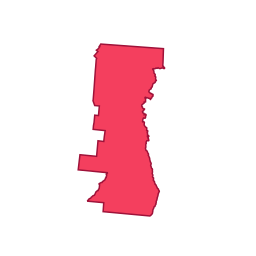 outline of La Matanza, Buenos Aires, Argentina, rotated 322°
{"feature_id": "61730980B21366789082443", "entity_name": "La Matanza", "entity_type": "district", "adm_level": 2, "iso_a3": "ARG", "parent_name": "Argentina", "parent_adm1": "Buenos Aires", "projection": "albers", "projection_center": [-58.605, -34.773], "detail": "fine", "context": "isolated", "style": "filled", "palette": "rose", "viewbox_px": 256, "rotation_deg": 322, "n_neighbors": 0, "source": "geoboundaries", "source_scale": "gbopen_adm2", "svg_char_len": 5780}
<svg xmlns="http://www.w3.org/2000/svg" viewBox="0 0 256 256"><g transform="rotate(322 128 128)"><path d="M204.8,87.3L158.9,45.7L158.3,45.1L155.4,46.1L155.6,46.6L153.3,47.2L152.5,47.3L151.0,47.2L151.4,49.2L145.7,50.3L146.2,53.8L145.0,54.6L140.0,60.1L138.1,62.1L125.2,76.4L117.3,85.0L117.2,85.0L115.6,89.8L119.0,93.0L112.4,100.0L109.7,97.4L104.6,102.8L102.2,104.9L99.7,107.6L108.4,116.0L104.3,119.9L100.6,123.7L96.5,119.6L85.8,131.0L73.7,119.5L63.0,130.3L84.2,150.5L83.9,151.0L83.5,151.1L82.8,150.8L82.5,150.9L82.4,151.0L82.3,151.3L82.4,151.6L82.3,151.9L81.9,152.2L81.7,152.6L81.2,152.7L80.5,153.2L80.5,153.4L80.4,153.6L80.2,153.7L79.9,153.6L79.4,153.6L78.7,154.2L77.7,154.7L77.2,154.6L76.9,154.7L76.6,154.6L76.1,154.7L75.6,154.6L75.3,154.5L74.9,154.7L74.5,154.7L74.0,154.9L73.9,154.8L73.5,154.5L73.1,154.4L72.7,154.4L72.3,154.3L71.3,154.1L70.9,154.1L70.7,154.3L70.6,154.7L70.7,155.1L70.7,155.3L69.9,156.0L68.9,157.1L68.6,157.3L68.4,157.6L68.2,157.8L67.8,158.1L67.1,158.1L66.9,158.2L66.3,158.6L66.0,158.9L65.1,158.5L64.5,158.6L64.0,158.7L63.6,158.6L63.2,158.7L62.2,159.3L60.2,160.3L59.8,160.2L59.4,160.0L58.7,159.8L58.2,159.9L57.6,159.9L57.2,160.0L56.4,159.9L56.0,160.1L55.8,160.2L55.3,160.3L55.0,160.3L54.2,159.9L53.7,159.9L53.2,160.0L52.9,160.2L52.6,160.4L52.2,160.5L51.8,160.2L51.6,160.2L51.2,160.9L62.9,171.9L56.9,178.6L91.1,210.8L91.5,210.8L92.2,210.9L93.0,210.7L94.4,210.5L95.0,210.0L95.7,209.4L96.1,208.9L96.3,208.7L96.5,208.7L97.1,207.9L97.7,207.5L98.3,207.4L98.9,207.0L99.9,206.2L100.2,206.2L100.7,206.4L100.9,206.4L101.8,205.7L103.0,205.3L103.2,205.1L103.4,204.6L104.1,204.4L104.4,204.0L105.0,203.2L106.2,202.6L106.7,202.2L107.5,201.6L107.8,201.2L108.1,200.9L108.9,200.5L109.4,200.1L110.1,199.6L111.5,198.3L111.9,198.2L112.4,197.8L113.5,197.4L113.9,196.7L113.8,196.4L113.9,195.8L114.0,195.5L114.3,195.0L114.3,194.3L114.1,193.8L114.1,193.2L114.4,192.7L114.5,191.6L114.7,191.1L114.8,190.7L115.0,190.0L115.0,189.8L114.7,189.1L115.0,188.7L115.3,187.3L115.7,186.9L115.8,186.6L115.9,185.8L115.7,185.5L115.7,185.0L116.0,184.5L116.4,184.3L116.8,183.6L117.3,183.3L117.4,183.0L117.4,182.9L117.1,182.1L117.1,181.9L117.4,181.4L117.9,181.1L118.3,180.8L118.7,180.2L118.8,179.8L118.9,179.1L119.0,178.8L119.3,178.5L120.1,177.9L121.0,176.6L121.2,176.1L121.8,175.7L122.0,175.0L121.9,174.7L121.8,174.2L122.6,172.3L122.7,172.1L122.6,171.8L122.6,171.7L123.4,170.9L124.0,170.7L124.6,169.9L124.6,169.4L124.6,168.9L124.9,168.4L125.0,167.7L125.4,167.1L125.6,166.4L125.9,166.0L126.1,165.6L126.5,165.1L126.6,164.6L127.0,163.1L127.1,162.9L127.1,162.3L127.2,161.9L127.3,161.8L127.7,161.6L128.1,161.2L128.2,160.8L128.2,160.2L128.4,159.2L128.6,158.8L128.8,157.8L128.8,157.4L128.5,157.1L128.4,156.9L128.4,156.7L128.7,155.9L128.9,155.7L129.2,154.8L129.6,154.4L130.1,154.2L130.3,154.1L131.3,152.6L131.8,152.1L132.1,151.6L132.9,151.4L133.1,151.1L133.4,150.4L133.6,150.2L134.1,150.1L134.7,149.7L134.9,149.6L135.2,149.7L135.6,149.8L135.8,150.2L136.3,150.7L136.6,150.7L136.9,150.5L137.3,149.4L137.4,149.0L137.7,148.7L137.6,148.2L138.1,147.9L138.1,147.4L137.9,146.9L138.0,146.7L138.4,146.6L138.7,146.9L138.9,147.2L139.2,147.3L139.4,147.3L139.5,146.9L139.5,146.7L139.3,146.5L138.8,146.4L138.7,146.2L138.8,145.8L139.4,145.5L139.4,145.3L139.6,144.7L140.2,144.1L140.4,143.9L140.4,143.3L140.7,143.1L141.5,142.8L141.7,142.5L141.8,142.2L141.3,141.8L141.2,141.5L141.2,141.3L141.3,141.2L142.0,140.5L142.7,139.6L142.9,139.3L142.9,139.0L142.5,138.7L142.4,138.5L142.4,136.8L142.6,135.6L142.7,135.4L142.9,135.2L143.3,134.8L143.9,134.1L144.2,133.8L144.4,133.6L144.4,133.2L144.1,132.6L143.5,132.4L143.4,132.3L143.3,132.1L143.4,131.9L144.2,131.2L145.0,130.3L145.6,130.1L146.0,129.7L146.5,129.7L147.2,130.6L147.6,130.8L148.4,130.4L149.2,129.5L149.6,129.3L150.3,128.9L150.4,128.1L150.2,127.7L149.9,127.5L149.2,127.7L148.9,127.5L149.0,127.4L149.1,127.2L149.5,126.9L149.6,126.3L149.5,126.0L149.2,125.7L149.1,124.9L149.3,124.6L149.4,124.4L149.4,124.1L149.6,123.9L151.0,123.9L151.3,123.8L151.4,123.4L151.6,123.2L151.8,123.1L152.1,123.4L152.3,123.4L152.5,123.4L152.7,123.2L152.5,122.7L152.4,122.4L152.0,122.0L151.9,121.7L151.8,121.0L151.9,120.7L152.2,120.4L152.3,120.3L152.2,119.3L152.4,119.1L152.7,118.9L152.9,118.5L153.5,118.2L154.5,118.3L155.4,118.2L156.0,118.3L156.2,118.2L156.5,117.8L156.7,117.5L156.9,117.6L157.3,118.0L157.5,118.1L157.8,118.2L158.0,118.2L158.5,117.3L159.1,116.9L159.6,116.0L159.7,115.5L160.0,114.6L160.4,114.4L160.7,114.5L160.8,114.7L160.6,115.1L160.6,115.4L160.7,115.6L161.0,115.7L161.4,115.6L161.6,115.7L161.8,116.1L162.2,116.5L162.3,116.7L162.3,116.9L162.4,117.1L163.0,117.8L163.2,118.0L163.2,118.4L163.4,118.8L163.2,119.0L163.2,119.3L163.3,119.4L163.6,119.3L164.0,118.8L164.2,118.7L164.3,118.7L164.6,118.9L165.1,118.9L166.6,118.1L167.1,118.3L167.4,118.1L167.6,117.9L168.3,117.1L168.3,116.9L167.9,116.7L167.7,116.5L167.7,116.3L167.9,115.7L167.5,115.0L166.9,114.6L166.9,114.4L167.0,114.1L167.0,113.7L167.0,113.4L166.8,113.1L166.7,112.5L166.8,112.1L167.4,111.8L167.8,111.4L168.1,111.2L169.6,111.2L170.3,111.4L170.5,111.3L171.0,110.6L171.4,110.5L172.1,110.5L172.4,110.5L173.5,109.5L175.0,108.5L175.5,108.5L176.2,108.7L177.3,108.8L177.9,108.5L178.2,108.1L178.4,108.0L178.6,107.9L179.2,108.1L179.6,108.0L179.7,107.7L179.7,107.2L179.8,106.5L180.2,106.0L181.1,105.1L181.3,104.9L181.3,104.6L181.2,103.9L181.2,103.6L182.0,103.1L182.3,102.7L182.4,101.7L182.3,100.6L182.9,99.9L183.4,98.9L183.6,98.5L183.6,97.5L183.6,97.0L183.8,96.7L184.2,96.7L184.6,96.9L185.4,97.8L185.8,97.9L186.9,98.0L187.0,98.1L187.0,98.3L187.4,98.4L187.7,98.8L187.9,99.0L188.4,99.0L188.8,99.0L189.2,100.2L189.7,100.8L190.2,101.1L191.2,101.4L192.2,101.9L192.7,103.0L193.0,103.4L193.3,103.5L193.8,103.3L193.8,103.0L193.7,102.0L193.9,101.3L193.9,101.1L193.5,100.6L195.6,98.3L204.8,87.3Z" fill="#f43f5e" stroke="#9f1239" stroke-width="1.5"/></g></svg>